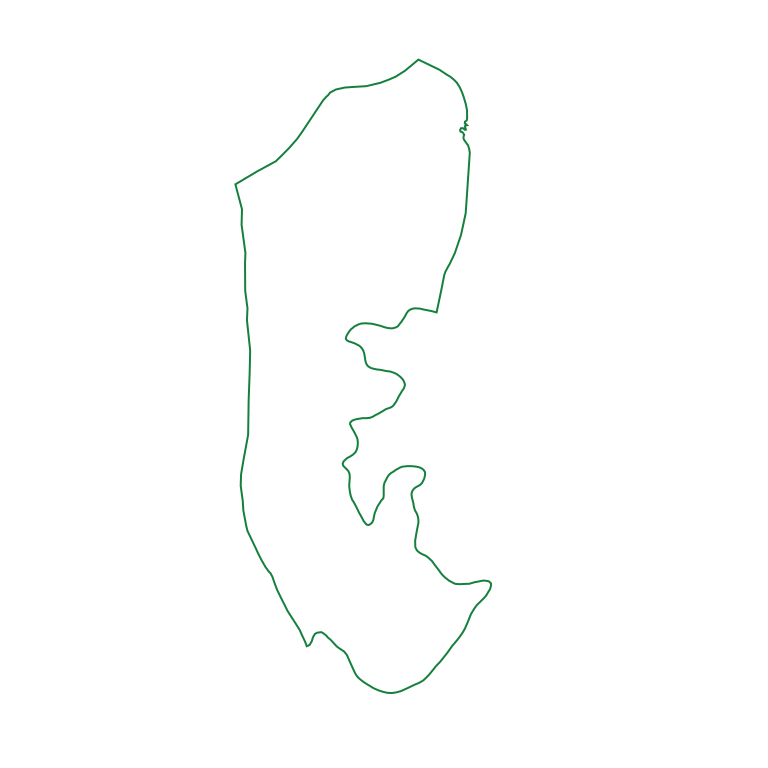 Nongbok, Khammouan, Laos, rotated 338°
{"feature_id": "54806243B28884115571756", "entity_name": "Nongbok", "entity_type": "district", "adm_level": 2, "iso_a3": "LAO", "parent_name": "Laos", "parent_adm1": "Khammouan", "projection": "natural_earth1", "projection_center": [104.827, 17.05], "detail": "fine", "context": "isolated", "style": "outline", "palette": "green", "viewbox_px": 768, "rotation_deg": 338, "n_neighbors": 0, "source": "geoboundaries", "source_scale": "gbopen_adm2", "svg_char_len": 4740}
<svg xmlns="http://www.w3.org/2000/svg" viewBox="0 0 768 768"><g transform="rotate(338 384 384)"><path d="M537.4,96.1L527.5,99.3L520.9,101.4L516.0,102.3L510.1,103.4L502.8,103.6L493.7,103.4L479.1,101.2L466.0,96.8L458.5,94.4L449.6,92.9L443.2,93.6L440.3,95.3L438.0,96.1L433.9,98.1L403.2,119.1L395.3,124.2L384.1,129.8L375.8,133.4L367.3,136.9L362.4,137.5L346.3,139.3L321.0,143.2L317.8,168.8L311.6,183.0L304.6,210.6L300.5,219.7L290.1,245.9L290.1,246.0L285.8,262.6L280.8,273.6L272.5,302.7L263.9,322.7L252.4,348.4L239.0,380.2L225.6,401.3L217.7,414.1L213.0,424.7L210.8,433.3L209.2,439.6L206.2,448.6L203.1,464.0L202.4,469.1L203.2,482.3L203.2,482.6L203.6,488.6L203.8,493.9L204.5,501.7L205.6,509.5L206.9,514.7L207.9,517.0L208.3,521.2L208.1,524.7L207.9,530.0L207.8,534.6L208.2,540.8L208.6,546.3L209.2,552.7L209.5,557.8L210.7,564.3L212.2,572.2L213.7,580.6L213.9,586.4L214.3,593.2L214.2,598.2L217.2,598.1L220.5,595.6L223.5,592.0L226.5,589.8L229.1,589.6L232.9,590.6L234.4,592.4L236.3,595.8L236.8,597.6L238.7,601.2L240.5,605.9L241.8,609.4L243.3,612.0L245.3,614.9L246.8,617.1L248.1,621.4L248.2,624.9L248.3,628.0L248.4,631.1L248.7,638.3L248.9,641.7L249.5,644.7L250.1,646.5L251.0,648.4L252.5,651.1L254.7,654.5L257.6,658.4L260.2,661.9L263.7,665.6L267.2,668.6L271.4,671.6L275.6,673.5L280.2,674.6L285.1,675.1L291.4,674.8L299.6,674.3L305.2,674.2L309.6,673.5L313.6,671.9L316.9,670.4L322.6,667.3L326.4,665.1L332.0,662.6L342.1,656.9L349.1,652.4L352.8,650.5L356.7,648.4L360.2,646.3L361.7,645.3L364.0,643.8L366.1,642.2L367.8,640.7L372.1,636.5L374.6,633.9L376.9,631.5L378.5,629.9L381.9,627.3L384.3,625.6L387.6,623.6L392.3,621.7L396.8,619.8L399.8,618.2L402.9,615.8L405.4,614.0L406.9,612.1L408.0,610.5L408.5,608.9L407.3,606.2L405.4,605.0L402.7,603.5L398.0,602.6L393.6,601.7L388.3,601.2L384.2,599.7L378.8,597.8L375.2,596.0L373.1,593.7L370.5,590.5L367.9,585.9L366.2,581.7L365.1,577.2L363.4,571.2L362.1,566.0L360.5,562.5L358.6,559.1L356.0,556.5L353.7,553.7L352.3,550.9L351.9,548.0L352.1,546.5L352.7,544.9L354.1,541.1L355.5,538.8L358.2,534.4L360.4,530.9L363.8,525.8L365.0,522.9L365.7,519.9L365.9,516.7L365.4,512.7L365.7,509.1L366.6,505.5L367.3,500.0L368.2,496.4L369.6,494.4L370.9,493.3L372.8,492.2L375.3,491.6L379.3,491.2L382.2,490.0L385.0,487.6L386.0,486.6L387.0,485.1L387.7,484.3L388.6,482.5L388.6,482.3L388.7,482.0L389.0,480.7L388.5,478.3L387.3,476.4L385.8,474.7L383.4,473.0L380.6,471.4L377.9,470.1L374.9,468.9L372.0,468.1L369.8,467.5L367.5,467.5L365.2,467.8L362.9,468.0L360.2,468.7L357.1,469.2L354.1,470.3L351.9,471.9L349.8,473.8L347.7,475.5L345.8,478.0L344.8,480.2L344.0,482.2L343.9,482.5L341.8,487.6L340.6,489.7L338.2,490.8L334.9,493.1L332.3,494.9L330.0,497.2L326.9,500.4L324.7,503.7L323.3,505.9L321.3,507.9L319.0,508.8L317.0,509.0L315.4,508.1L314.4,505.7L313.7,503.0L313.6,501.0L312.7,494.1L312.3,488.0L311.7,482.2L311.1,479.3L311.3,474.9L312.1,470.7L313.6,465.3L315.5,461.4L317.4,457.6L318.4,454.2L318.3,451.2L317.3,448.7L316.1,445.8L315.6,444.7L315.6,443.7L315.9,442.3L317.6,440.6L319.8,439.7L322.0,438.9L325.7,438.5L329.0,437.8L332.1,436.5L334.3,434.5L336.1,432.0L337.7,428.8L338.6,425.8L338.9,423.8L338.7,421.2L338.5,418.6L338.1,415.1L337.6,411.8L337.5,408.3L338.4,407.0L341.0,406.0L344.7,406.2L349.8,407.3L352.1,407.9L354.6,409.0L358.2,410.1L361.8,410.1L363.7,409.7L367.5,409.4L371.8,408.8L376.6,408.0L381.4,408.3L384.0,407.8L388.4,405.1L390.1,403.7L393.1,401.0L397.5,397.7L400.7,395.5L402.4,393.7L403.3,392.1L403.4,389.9L403.4,388.7L403.0,386.4L401.9,383.6L400.5,381.1L398.9,378.8L396.7,376.7L394.4,374.7L391.1,372.9L385.6,369.3L383.1,368.0L381.0,366.6L378.1,364.5L376.1,362.0L375.3,359.8L375.2,357.4L375.6,354.7L376.0,353.3L376.3,351.9L376.6,350.6L377.1,348.4L377.3,344.9L376.7,342.2L376.1,340.5L375.3,339.1L373.8,337.4L372.5,335.8L371.2,334.6L369.2,332.8L367.4,331.4L366.0,329.7L365.5,327.9L366.5,326.2L368.2,324.5L371.2,322.4L373.6,321.0L378.4,319.5L382.8,319.2L385.4,319.4L386.5,319.7L389.9,320.9L393.8,322.8L396.0,324.0L402.2,328.5L406.3,332.0L409.1,333.9L412.4,335.5L416.0,336.0L418.4,335.7L420.7,334.4L423.4,332.8L427.2,330.3L429.2,328.8L431.5,326.8L434.0,325.3L436.7,324.8L438.8,324.9L441.2,325.5L445.3,327.4L448.1,329.4L450.8,331.2L454.8,333.8L459.6,337.3L473.3,316.9L480.7,305.5L483.2,302.7L487.3,299.3L490.0,297.2L498.8,289.1L511.3,274.6L523.7,256.3L550.1,201.9L551.1,197.7L551.3,194.2L550.5,190.9L549.8,188.1L549.7,185.9L550.8,183.9L551.7,183.1L551.3,180.5L550.6,179.5L549.5,178.7L549.6,177.1L551.2,175.7L552.9,176.3L553.8,177.6L554.1,178.5L555.2,178.8L555.4,176.7L555.5,175.4L556.4,174.9L558.0,175.2L557.3,173.6L556.5,172.8L557.4,171.1L559.3,170.7L560.4,169.3L563.5,161.4L564.7,155.0L565.4,147.9L565.6,143.6L565.4,137.2L564.3,131.6L562.7,127.8L560.7,124.1L557.8,120.3L553.1,113.4L537.4,96.1Z" fill="none" stroke="#15803d" stroke-width="2"/></g></svg>